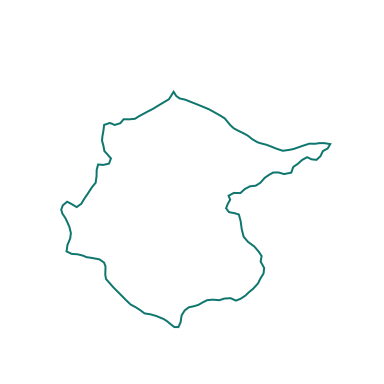 outline of Araçaí, Minas Gerais, Brazil, rotated 222°
{"feature_id": "56859067B97028441467773", "entity_name": "Araçaí", "entity_type": "district", "adm_level": 2, "iso_a3": "BRA", "parent_name": "Brazil", "parent_adm1": "Minas Gerais", "projection": "orthographic", "projection_center": [-44.223, -19.251], "detail": "fine", "context": "isolated", "style": "outline", "palette": "teal", "viewbox_px": 384, "rotation_deg": 222, "n_neighbors": 0, "source": "geoboundaries", "source_scale": "gbopen_adm2", "svg_char_len": 2019}
<svg xmlns="http://www.w3.org/2000/svg" viewBox="0 0 384 384"><g transform="rotate(222 192 192)"><path d="M302.2,183.1L298.4,177.6L295.8,173.4L293.2,169.9L289.2,167.4L284.5,163.8L280.4,163.4L274.7,162.7L272.7,157.5L276.1,152.7L280.2,149.6L277.6,144.6L273.6,140.0L269.8,134.4L269.5,128.2L268.4,121.4L267.4,114.2L266.4,109.2L267.6,103.6L273.4,102.5L278.3,101.2L279.1,95.6L277.4,91.4L273.8,89.2L268.7,87.9L264.8,86.3L259.7,84.0L254.5,80.4L251.4,75.9L249.2,69.5L245.5,63.9L240.0,65.5L235.4,69.1L230.6,71.7L226.8,73.0L222.0,76.2L215.7,80.0L210.1,80.7L206.6,78.9L203.8,75.7L201.1,72.5L197.7,69.8L191.5,69.1L186.5,68.5L181.0,68.2L176.8,68.0L168.6,67.5L162.3,67.3L156.8,68.7L151.0,69.6L146.1,70.0L141.2,73.2L135.7,75.9L131.8,77.3L128.2,78.6L123.9,79.3L119.2,79.5L114.8,79.8L111.7,82.5L113.4,87.7L117.2,93.4L118.2,99.2L117.2,104.2L114.2,108.3L111.7,112.4L110.4,116.5L108.4,121.7L104.6,125.8L99.2,130.0L96.7,134.4L92.3,138.9L86.7,140.7L84.5,145.0L83.0,150.8L82.6,155.9L81.8,161.1L81.8,168.4L83.4,174.0L84.3,179.3L87.5,183.8L94.4,186.2L97.4,191.0L102.5,192.3L109.4,193.2L116.8,192.4L123.7,193.3L130.1,197.6L136.5,203.0L142.1,206.6L146.1,204.8L151.0,201.8L155.8,202.7L157.4,207.0L158.5,211.8L162.3,213.7L160.3,219.3L155.3,223.6L154.8,229.2L152.8,234.9L148.9,239.3L147.4,244.4L147.4,251.3L146.2,256.4L144.7,260.8L140.8,264.4L135.6,266.9L131.2,272.8L133.5,278.4L132.2,283.8L131.6,289.6L129.7,294.9L125.0,296.3L121.0,299.2L120.5,304.5L122.1,310.1L120.3,315.1L121.3,320.1L126.3,316.9L129.7,313.9L133.1,309.9L137.1,306.5L139.5,302.4L142.3,297.4L145.3,291.9L148.3,287.9L152.1,283.4L157.7,280.9L163.4,278.8L168.1,277.0L172.3,274.8L176.5,272.8L182.4,271.6L188.4,271.2L193.4,270.0L198.2,268.6L203.4,267.3L208.1,267.3L216.9,268.6L222.7,267.6L234.8,264.8L243.6,261.7L259.0,256.0L263.7,253.3L268.0,252.8L272.7,254.2L271.2,245.5L273.3,238.8L275.2,232.6L276.8,227.2L278.9,221.8L280.6,217.0L282.1,212.8L283.4,208.2L287.4,203.9L291.5,200.3L291.3,195.2L294.3,190.1L299.2,188.4L302.2,183.1Z" fill="none" stroke="#0f766e" stroke-width="2"/></g></svg>